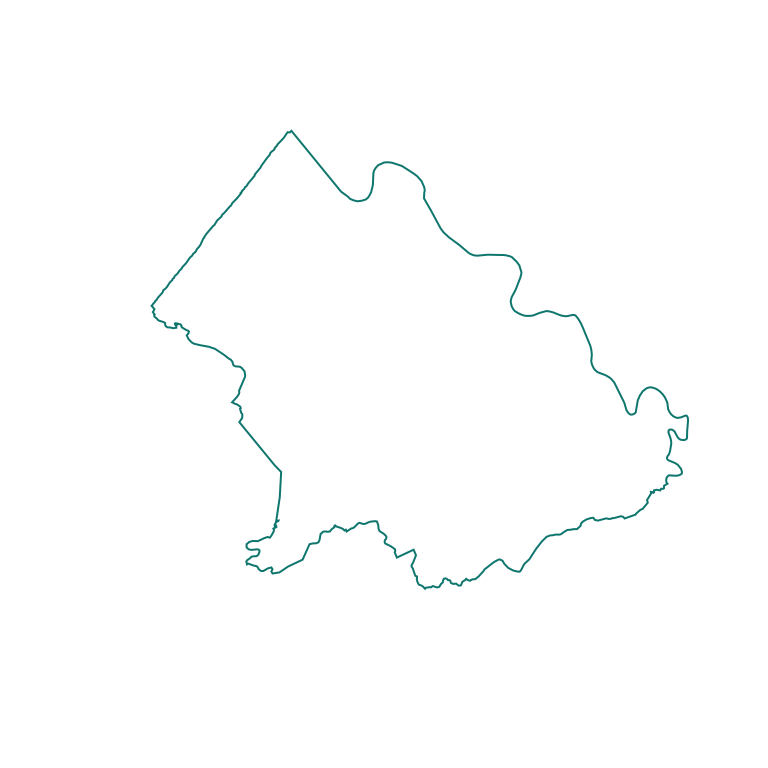 the district of Agua Dulce, Veracruz, Mexico, rotated 322°
{"feature_id": "50627088B60707698432893", "entity_name": "Agua Dulce", "entity_type": "district", "adm_level": 2, "iso_a3": "MEX", "parent_name": "Mexico", "parent_adm1": "Veracruz", "projection": "orthographic", "projection_center": [-94.163, 18.09], "detail": "fine", "context": "isolated", "style": "outline", "palette": "teal", "viewbox_px": 768, "rotation_deg": 322, "n_neighbors": 0, "source": "geoboundaries", "source_scale": "gbopen_adm2", "svg_char_len": 6142}
<svg xmlns="http://www.w3.org/2000/svg" viewBox="0 0 768 768"><g transform="rotate(322 384 384)"><path d="M468.6,206.1L466.9,127.5L464.5,127.7L463.0,126.2L456.7,128.3L447.3,129.7L446.7,130.2L443.1,130.8L442.6,131.4L441.4,131.7L437.5,131.8L436.4,132.1L435.0,133.1L431.3,133.8L422.1,136.4L419.7,137.5L411.1,139.4L410.3,140.2L400.1,142.4L397.3,143.5L395.9,143.3L393.8,144.2L391.0,144.4L390.7,144.9L388.6,145.2L388.6,145.8L381.8,147.3L375.9,148.0L373.6,149.1L371.7,149.2L363.0,150.9L360.7,151.0L358.9,152.0L353.3,152.4L348.2,154.3L346.5,154.3L337.7,156.1L333.3,157.3L332.6,158.0L331.0,158.2L325.3,161.2L322.5,162.1L319.7,162.5L316.9,163.8L313.3,164.0L312.1,164.7L309.0,164.9L302.2,167.0L296.9,167.8L295.2,168.6L292.8,168.7L289.6,169.8L285.4,170.2L283.6,171.2L282.1,171.0L281.1,171.8L277.8,172.1L272.7,173.9L270.2,174.3L267.8,174.3L266.0,175.5L258.8,176.8L257.3,177.5L254.6,177.9L253.6,178.4L251.4,178.7L250.6,179.1L249.0,179.3L249.2,183.7L246.1,185.1L246.1,188.0L245.3,188.1L244.6,189.5L245.3,192.8L245.4,195.1L248.2,199.2L249.1,201.1L247.8,203.0L247.7,204.7L248.4,206.2L250.1,207.6L252.5,210.5L253.6,211.0L255.0,211.8L255.9,210.7L256.0,208.3L256.4,207.7L257.1,207.7L257.5,208.2L257.8,209.6L258.5,209.2L259.7,211.1L260.2,211.4L260.4,212.1L260.3,213.5L259.7,214.0L259.6,214.8L261.3,219.5L262.3,221.1L262.6,222.6L261.0,223.7L258.5,224.2L257.6,228.4L258.1,232.9L259.1,235.3L262.9,240.1L268.8,246.7L272.4,252.1L275.9,262.5L277.2,268.0L278.2,270.4L278.3,272.8L277.0,276.2L277.2,277.6L278.0,278.8L281.0,281.6L281.7,283.3L281.9,288.1L279.9,291.8L278.9,292.8L265.6,300.1L264.7,301.7L263.2,302.7L260.4,303.6L253.0,304.9L254.7,308.4L255.6,309.6L256.8,313.3L256.2,314.9L255.2,315.0L253.8,318.6L253.7,320.7L251.4,323.4L246.5,325.0L247.8,380.6L248.8,390.0L232.2,409.0L214.7,425.6L216.8,426.7L216.5,426.9L214.0,426.4L212.2,427.1L212.2,427.6L211.0,427.7L210.3,429.0L211.6,429.6L211.1,430.5L207.8,429.8L207.5,431.2L206.1,432.4L201.8,434.2L199.4,434.8L198.1,432.9L195.0,431.8L187.9,430.2L183.8,426.8L180.5,425.5L177.0,425.7L175.2,428.1L175.2,429.4L175.7,431.2L177.5,433.2L182.2,436.1L183.3,437.5L183.4,438.4L182.7,439.5L179.8,441.2L177.5,441.2L174.6,439.1L173.1,438.5L171.2,438.8L167.7,438.6L166.2,439.1L165.0,441.8L166.4,441.9L169.4,446.7L171.2,448.8L171.7,449.9L171.3,452.9L171.6,454.6L172.3,456.0L173.9,457.1L179.0,457.8L182.3,459.2L182.1,461.3L179.8,462.4L179.5,464.7L185.6,468.1L196.1,468.8L211.7,472.3L226.7,464.4L229.6,465.7L232.6,467.8L234.9,468.4L237.0,467.4L241.9,463.0L243.1,463.2L244.9,462.8L247.3,464.3L248.6,465.8L250.7,466.9L252.9,466.3L256.7,466.2L257.3,465.4L258.4,465.3L258.6,466.7L261.5,471.1L262.5,473.3L262.7,475.1L264.2,475.3L263.7,477.2L269.4,477.7L270.7,478.4L272.2,478.6L277.8,477.9L279.2,478.3L281.6,481.7L283.3,482.7L286.2,483.3L288.9,484.3L292.8,486.8L293.8,488.1L292.5,491.8L290.6,494.7L289.9,497.1L291.6,501.9L292.0,504.8L291.7,506.2L290.2,507.4L288.9,507.5L287.9,508.1L286.9,509.5L286.8,510.5L289.4,515.9L290.9,520.9L290.3,522.3L288.8,523.3L287.3,528.7L305.3,532.8L303.8,538.6L297.6,542.3L294.2,543.8L293.3,544.9L293.2,546.9L290.6,554.3L291.5,556.0L289.5,558.3L288.6,560.3L288.0,562.8L288.1,563.9L289.0,565.1L289.9,567.0L290.3,570.6L291.5,570.3L295.2,572.4L295.7,573.1L298.0,573.2L300.7,577.1L302.7,577.9L305.6,576.7L308.0,576.6L310.6,574.5L311.7,574.4L312.6,575.0L313.5,576.0L313.8,578.2L314.8,578.8L315.1,579.9L314.3,582.1L315.4,584.1L317.9,585.7L318.5,588.2L318.9,589.0L319.8,589.7L320.7,590.0L324.0,588.1L327.1,588.5L328.8,588.1L329.3,590.0L330.8,592.1L332.3,592.0L333.6,592.5L335.8,594.0L340.1,593.9L347.1,592.7L349.2,592.0L361.0,592.0L366.1,592.9L367.3,593.6L368.6,596.3L368.1,599.7L368.7,605.4L370.7,609.9L372.2,612.2L374.8,615.1L375.7,615.4L377.3,615.1L383.7,612.2L390.7,611.6L402.1,607.6L411.3,605.3L417.9,604.5L421.7,605.6L423.9,607.1L426.3,608.2L429.8,610.9L431.6,611.4L434.8,611.4L438.6,611.9L441.8,614.0L444.1,615.1L446.8,617.2L451.5,616.8L453.6,615.2L456.2,614.9L460.3,615.4L464.3,616.9L466.6,618.3L466.5,620.9L468.4,623.3L476.4,626.7L478.1,628.8L480.2,630.1L481.5,630.3L482.5,631.2L489.2,634.0L490.7,635.9L490.8,638.1L501.8,641.8L503.4,641.3L508.7,641.0L510.9,641.7L518.8,639.9L519.8,637.4L527.1,634.7L527.9,633.3L528.8,634.2L529.1,635.5L530.1,635.6L531.3,634.1L533.6,635.1L536.2,637.9L537.8,637.1L539.3,638.4L540.5,638.5L542.0,636.6L546.0,637.1L546.0,635.6L546.9,633.8L548.5,632.2L550.7,631.3L552.3,631.4L557.4,635.9L559.0,637.0L561.7,637.9L563.4,638.0L564.6,636.9L565.8,633.8L565.8,628.5L564.7,625.5L561.1,619.1L560.9,617.7L561.2,616.9L562.5,615.6L565.4,614.8L568.3,612.8L573.6,607.9L575.1,605.8L576.4,603.1L578.4,597.1L578.9,596.5L580.2,595.7L581.6,596.1L582.7,597.1L583.3,598.3L583.7,600.4L582.6,607.0L582.9,609.3L583.6,610.7L585.8,612.9L587.0,613.4L588.9,613.5L589.6,613.0L594.5,607.1L601.2,599.9L602.7,597.5L603.0,595.7L602.7,595.0L602.2,594.5L597.4,593.1L594.9,591.7L593.9,591.0L592.2,587.9L591.6,584.6L591.7,582.1L592.4,578.8L595.8,573.1L597.1,567.7L597.3,563.6L596.8,559.5L595.5,555.4L593.5,552.3L591.7,550.4L588.9,549.2L587.5,549.0L583.4,549.0L578.6,550.6L574.1,553.0L565.0,561.2L563.8,561.6L561.4,561.2L559.6,560.1L559.2,559.4L558.7,557.5L558.9,554.1L561.8,546.7L566.4,524.5L566.2,520.3L565.7,517.7L564.0,513.5L559.6,506.2L558.9,502.8L559.0,500.3L559.9,496.7L561.2,493.8L565.8,488.9L568.3,484.9L570.0,481.2L575.2,462.7L576.6,457.1L577.2,451.9L577.1,448.1L576.5,446.8L575.3,445.8L569.7,443.1L567.5,441.1L565.4,438.6L561.6,432.1L559.6,429.3L556.9,426.5L550.5,423.8L543.9,421.9L541.4,420.5L537.7,417.6L536.2,415.9L534.0,412.2L532.0,407.2L531.9,404.9L532.4,401.5L534.1,397.8L535.1,396.5L538.0,394.2L545.9,390.7L556.9,384.1L560.0,381.8L561.1,380.5L563.7,373.8L563.8,369.1L562.9,362.8L561.9,360.9L559.2,357.5L557.5,355.9L545.1,345.8L536.6,340.4L534.0,337.9L532.0,334.5L531.2,331.9L529.0,321.1L525.5,308.6L524.3,301.2L524.4,296.3L527.9,275.8L529.8,262.4L533.5,258.0L535.1,256.8L536.8,253.9L538.5,247.3L538.1,240.8L536.9,236.2L532.3,223.1L526.5,214.5L523.5,211.6L520.6,209.6L514.3,208.0L510.8,208.5L507.6,209.7L505.4,211.4L497.8,220.3L492.0,224.9L489.0,226.3L486.2,227.3L483.4,227.4L479.5,226.0L475.6,223.7L473.0,220.4L471.2,217.0L471.0,214.4L468.6,206.1Z" fill="none" stroke="#0f766e" stroke-width="2"/></g></svg>